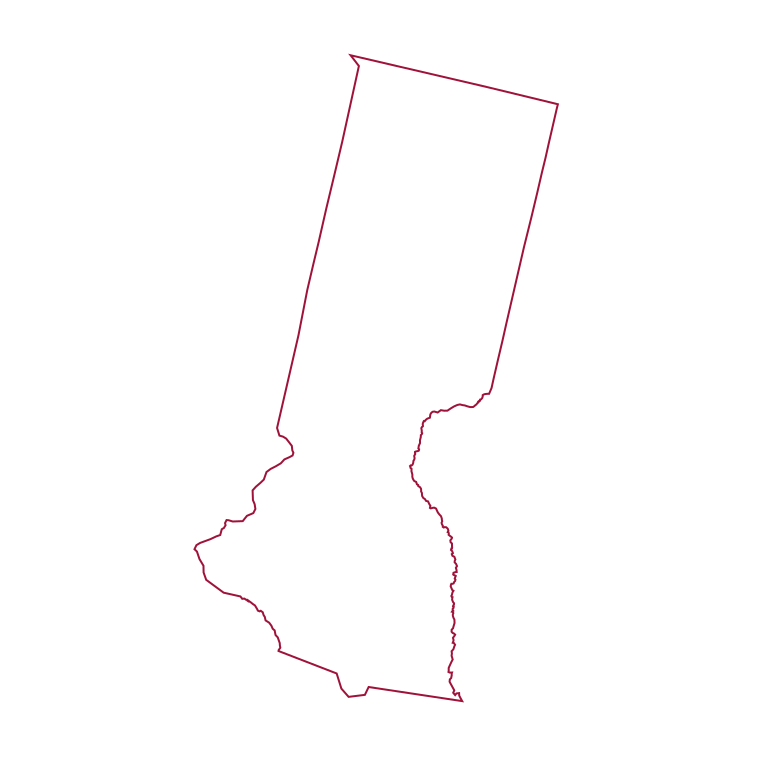 Sierra, California, United States of America, rotated 283°
{"feature_id": "52423323B42525268241117", "entity_name": "Sierra", "entity_type": "district", "adm_level": 2, "iso_a3": "USA", "parent_name": "United States of America", "parent_adm1": "California", "projection": "mercator", "projection_center": [-120.733, 39.584], "detail": "fine", "context": "isolated", "style": "outline", "palette": "rose", "viewbox_px": 768, "rotation_deg": 283, "n_neighbors": 0, "source": "geoboundaries", "source_scale": "gbopen_adm2", "svg_char_len": 4486}
<svg xmlns="http://www.w3.org/2000/svg" viewBox="0 0 768 768"><g transform="rotate(283 384 384)"><path d="M100.1,341.3L91.3,403.0L77.6,411.0L71.2,419.9L76.8,435.3L85.3,437.2L92.6,531.5L93.8,530.4L97.3,527.4L99.7,526.7L98.8,524.2L96.9,523.3L98.7,520.9L101.3,521.4L106.8,516.5L108.6,514.9L111.0,514.6L112.6,515.6L115.4,515.5L116.9,515.1L118.2,515.2L117.9,514.0L117.6,513.0L117.9,511.6L119.4,511.5L121.9,510.9L124.0,511.3L128.3,512.2L131.0,512.9L132.5,512.1L134.4,511.0L136.7,510.8L138.8,510.0L141.2,511.3L143.9,511.5L145.9,511.9L147.3,510.4L147.3,509.2L148.6,509.4L150.1,509.4L152.2,508.3L154.7,509.4L155.8,509.7L156.7,508.1L156.9,506.8L157.8,505.6L159.8,505.2L161.5,506.2L163.9,506.3L167.0,506.5L170.3,505.6L171.8,504.3L173.7,503.2L175.0,502.9L176.4,503.1L177.5,502.2L177.4,501.8L177.4,501.5L178.4,501.9L178.7,502.4L179.4,501.7L180.5,501.5L181.4,502.1L182.7,502.0L182.8,501.3L183.9,501.3L184.6,501.8L186.1,501.6L187.0,500.4L189.1,498.9L190.8,498.7L191.7,498.7L191.7,498.0L192.6,497.3L193.7,497.6L195.9,497.6L197.2,497.8L198.1,498.2L198.7,496.8L201.8,494.5L203.4,494.4L204.5,494.6L204.7,495.7L205.4,496.7L206.9,496.9L208.0,497.6L209.5,497.6L210.2,496.7L212.2,496.9L213.1,497.1L213.5,496.0L213.6,495.0L213.9,494.3L215.7,494.2L216.9,496.1L217.2,497.1L219.3,496.4L221.0,495.4L223.0,496.1L224.9,494.7L226.2,492.9L227.6,492.7L229.1,493.0L231.5,491.4L232.0,489.3L233.5,488.3L234.7,489.2L236.5,488.0L237.4,486.6L238.9,486.7L239.0,487.2L239.9,487.2L241.1,486.8L243.9,486.1L244.8,484.5L246.6,483.8L248.6,484.8L249.7,484.8L250.4,483.5L250.8,482.5L251.6,480.9L252.8,480.8L253.9,480.3L254.0,479.4L254.7,479.5L255.7,479.7L257.3,478.7L258.4,476.9L258.2,475.3L257.6,474.5L258.0,473.4L259.1,473.2L260.4,472.0L261.7,471.3L263.4,471.6L264.8,470.9L265.9,470.6L268.0,469.3L269.4,467.2L271.0,465.3L272.8,463.9L274.3,462.8L274.8,460.9L274.4,459.5L273.6,458.1L273.3,457.3L273.6,456.6L274.2,456.6L275.8,456.6L276.8,455.5L278.1,454.4L279.5,453.4L279.6,451.2L281.0,449.9L281.8,447.9L283.4,446.4L285.0,445.8L286.3,445.5L287.7,444.3L288.9,444.1L290.3,443.6L291.5,442.4L292.3,440.3L293.3,440.0L293.7,438.6L295.8,437.4L296.3,435.3L297.4,434.1L298.7,433.1L300.2,432.4L301.9,432.1L303.7,431.2L305.1,430.4L307.6,429.9L308.2,428.7L309.4,428.2L309.9,427.8L310.7,428.3L310.8,429.2L311.9,430.0L313.7,430.2L315.9,430.0L317.2,430.5L318.6,430.5L320.7,429.6L322.9,430.2L323.7,429.7L324.9,429.5L325.4,430.2L326.3,432.1L326.9,432.9L328.3,432.9L328.9,432.0L331.7,431.8L334.5,432.4L337.3,431.7L340.4,431.8L342.5,431.4L343.6,432.1L344.7,432.3L345.3,431.6L346.7,431.4L348.0,430.9L349.4,430.3L350.7,430.7L351.5,431.4L352.5,431.2L353.4,430.8L354.6,430.7L356.3,431.0L357.0,431.2L357.1,431.6L356.9,431.5L356.7,431.7L356.8,432.0L358.5,432.8L359.9,433.9L361.5,436.3L364.8,436.0L366.4,436.5L367.8,437.5L368.5,439.2L368.3,442.7L371.3,445.3L371.5,448.6L372.3,451.8L375.3,454.6L378.0,457.4L380.1,460.2L381.2,462.6L381.1,465.3L381.3,467.4L381.0,470.4L380.9,473.0L381.3,474.9L381.7,476.1L383.0,477.2L383.7,477.6L384.8,478.6L386.2,479.2L387.2,480.0L387.9,479.7L388.7,480.3L388.6,480.8L389.3,481.3L389.9,481.1L390.4,481.1L390.9,482.1L392.3,482.8L393.8,483.0L395.4,482.7L396.5,483.9L397.1,485.2L397.8,487.3L398.1,488.6L404.3,489.7L413.3,489.6L432.7,489.6L452.6,489.7L471.0,489.6L512.7,489.6L549.0,489.6L579.2,490.1L604.5,490.3L625.8,490.3L640.7,490.5L655.7,490.4L676.7,490.4L692.0,490.4L695.7,490.5L695.7,490.4L696.5,418.5L696.8,277.5L688.2,288.0L610.5,288.8L576.7,288.6L542.1,288.3L507.6,288.4L485.7,288.2L458.4,288.1L412.4,289.7L383.4,289.7L371.3,289.7L350.2,289.7L327.0,289.7L317.1,289.7L310.2,293.7L310.0,297.4L308.8,301.0L303.0,308.1L298.7,309.6L296.6,311.2L293.8,311.0L291.5,308.4L288.1,303.9L283.5,301.3L279.5,297.1L275.8,292.7L271.8,289.3L263.8,288.4L259.7,285.7L255.1,282.3L250.8,279.9L241.4,282.4L237.8,285.0L233.3,286.8L228.8,285.7L224.7,280.1L218.6,277.2L216.0,267.5L216.3,263.2L216.0,261.2L212.7,260.4L210.8,261.4L207.7,260.4L206.0,258.6L200.0,258.4L197.9,255.0L193.8,249.8L187.8,240.6L184.8,237.5L180.4,236.5L178.7,239.4L171.9,243.6L166.3,249.0L159.8,250.6L153.2,254.8L144.6,274.7L144.7,291.9L142.8,294.2L143.5,296.2L142.7,298.3L143.0,299.2L142.5,300.4L142.0,300.1L141.6,301.0L141.9,301.8L141.2,303.5L140.2,305.5L139.2,308.1L136.4,310.8L134.8,312.1L134.5,314.0L135.3,314.9L134.3,317.2L131.7,318.7L130.3,320.2L127.0,321.8L125.6,325.8L123.1,328.7L120.5,330.6L119.3,332.9L117.2,333.8L115.0,334.8L113.2,337.5L110.6,339.1L108.1,340.7L106.0,341.3L103.7,342.3L101.0,341.2L100.1,341.3Z" fill="none" stroke="#9f1239" stroke-width="2"/></g></svg>